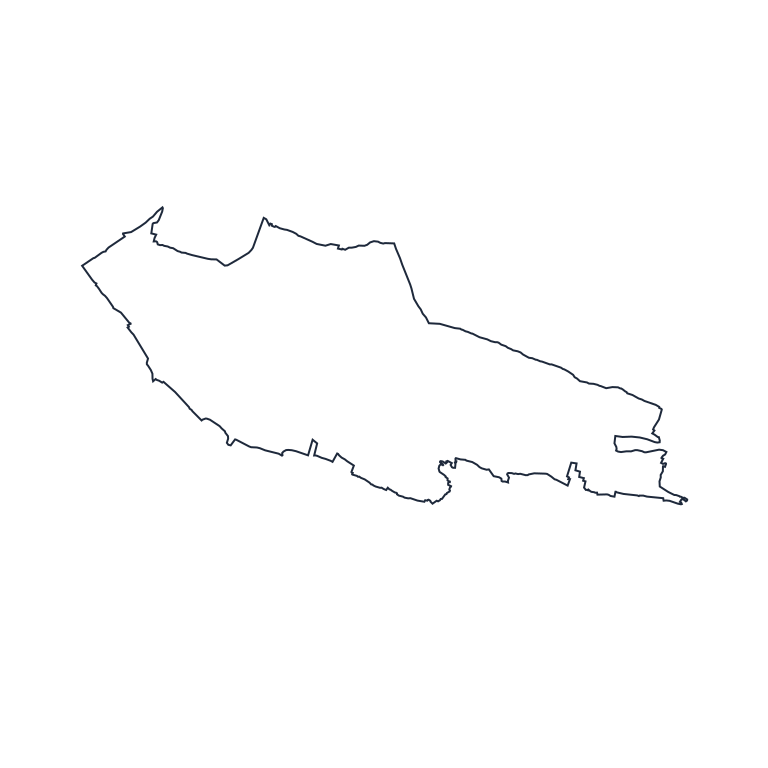 outline of Poienesti, Vaslui, Romania, rotated 305°
{"feature_id": "2599482B16648644353731", "entity_name": "Poienesti", "entity_type": "district", "adm_level": 2, "iso_a3": "ROU", "parent_name": "Romania", "parent_adm1": "Vaslui", "projection": "orthographic", "projection_center": [27.554, 46.58], "detail": "fine", "context": "isolated", "style": "outline", "palette": "slate", "viewbox_px": 768, "rotation_deg": 305, "n_neighbors": 0, "source": "geoboundaries", "source_scale": "gbopen_adm2", "svg_char_len": 6143}
<svg xmlns="http://www.w3.org/2000/svg" viewBox="0 0 768 768"><g transform="rotate(305 384 384)"><path d="M456.5,696.8L457.3,695.5L457.2,694.0L460.3,693.9L460.7,694.2L461.2,696.3L461.0,698.6L462.4,699.1L463.3,698.6L463.2,695.4L462.3,694.3L461.9,691.6L461.4,691.0L461.5,690.2L460.6,687.0L459.6,685.5L458.6,678.8L458.2,668.7L462.3,665.5L466.2,664.3L468.2,662.8L472.4,662.5L476.5,659.8L476.8,659.8L477.3,661.7L480.3,660.9L480.6,660.6L480.4,659.7L478.6,658.4L478.3,656.2L482.9,655.6L482.4,653.9L482.8,653.6L485.3,653.7L487.5,654.7L490.3,654.3L489.8,650.5L488.0,647.0L478.3,637.8L477.4,636.4L477.0,634.0L475.1,629.4L473.8,627.6L470.5,625.0L468.0,621.3L464.2,617.2L462.9,614.5L462.6,612.3L464.2,611.8L465.7,610.4L467.6,606.8L474.1,603.3L477.5,609.9L482.9,617.0L486.9,624.2L489.7,631.3L491.7,639.1L492.8,641.5L494.4,643.2L495.9,642.3L498.1,639.6L497.6,638.8L497.7,634.7L497.4,632.1L501.0,632.2L501.1,630.5L503.4,630.0L512.6,629.6L521.6,626.5L522.5,626.1L522.7,625.5L522.3,623.1L523.1,622.6L522.8,618.7L519.5,607.1L519.2,604.1L518.2,600.9L517.5,593.8L515.9,588.6L516.5,587.4L516.3,585.8L516.5,582.7L516.4,580.9L515.9,580.1L515.5,577.6L512.5,572.9L508.0,568.4L506.6,562.7L506.1,561.6L505.8,559.4L504.3,555.5L501.9,551.6L501.7,549.4L498.7,542.9L499.2,538.9L498.9,536.3L500.0,533.7L499.9,527.7L499.4,523.3L498.9,521.9L498.9,519.6L496.2,510.0L495.2,508.7L493.0,500.6L492.2,498.9L491.5,495.4L490.9,494.3L490.2,490.7L488.6,487.6L487.9,481.0L488.2,477.8L487.5,474.8L485.6,470.4L485.5,468.1L484.7,464.7L484.8,462.0L483.5,457.5L483.6,454.1L483.1,452.6L482.0,451.1L480.4,447.0L479.8,443.0L477.1,435.4L476.0,427.5L475.5,426.6L474.8,422.9L473.9,420.5L473.5,417.3L473.0,416.2L473.0,414.7L470.4,409.9L465.3,395.2L459.5,385.9L462.6,380.2L463.8,375.4L466.2,371.3L467.4,367.6L471.0,359.7L478.0,351.7L480.5,348.4L492.2,330.5L496.2,325.0L501.6,316.3L505.0,311.7L500.0,304.0L498.6,302.8L497.5,300.0L497.2,297.5L495.2,293.8L492.0,291.4L488.4,290.4L486.0,288.7L482.9,283.9L480.1,282.3L477.2,279.4L475.5,277.0L471.7,275.2L470.9,272.3L470.0,272.3L468.5,268.6L471.6,267.6L468.1,260.1L463.7,256.7L460.1,248.5L459.5,243.9L457.0,230.8L456.3,228.9L456.7,226.0L456.2,222.0L454.6,216.1L453.4,213.7L451.8,209.2L451.3,204.7L450.1,204.5L449.8,203.9L449.3,201.2L450.6,200.5L450.2,198.9L448.3,198.9L451.4,193.1L451.1,190.2L420.4,198.5L417.7,198.5L413.8,197.9L402.8,193.1L391.5,187.8L389.6,185.6L390.0,175.4L387.0,170.9L385.5,167.9L379.5,152.8L377.8,147.8L377.6,146.3L375.5,142.7L375.4,141.3L374.5,138.7L374.3,133.4L373.0,130.6L372.6,128.0L371.1,124.7L370.8,122.8L369.3,120.9L368.6,118.6L370.1,116.8L370.2,116.3L370.1,115.4L368.7,113.6L372.0,112.3L375.7,111.7L373.9,107.0L382.4,102.7L383.5,102.8L386.1,105.4L389.0,105.5L398.0,103.4L401.2,102.0L401.6,101.2L394.9,99.3L388.6,98.7L385.0,97.3L379.5,96.2L373.0,93.9L363.4,89.7L357.7,83.9L357.2,84.1L356.1,87.1L337.8,80.1L334.8,79.7L332.9,79.9L331.4,78.4L329.5,77.4L321.3,74.6L320.5,73.8L307.7,68.9L302.0,85.1L301.1,88.7L301.4,90.8L299.5,91.3L299.5,92.8L298.5,95.9L296.7,100.3L296.3,102.3L296.2,104.9L295.5,107.8L291.8,117.7L290.9,118.8L291.6,127.6L288.0,140.4L288.3,141.5L288.0,141.9L285.3,140.4L284.6,142.2L283.2,141.6L281.4,147.4L280.8,150.5L269.5,176.1L265.4,177.5L264.1,178.5L263.7,180.1L261.7,185.0L259.6,188.4L255.5,191.4L253.8,193.3L257.1,194.1L257.0,195.5L257.7,197.9L257.9,201.5L259.3,202.1L257.6,217.5L253.2,237.5L252.3,239.0L252.4,241.2L251.8,242.7L249.5,255.5L250.7,255.8L253.4,257.7L254.0,258.7L254.9,261.9L255.2,273.6L254.5,276.5L254.0,280.9L253.1,281.9L251.8,286.1L249.8,287.7L245.7,289.0L244.9,291.4L245.8,293.6L253.2,293.8L253.6,295.0L255.5,309.4L256.0,311.4L259.1,316.3L260.2,319.1L261.5,324.7L266.5,337.7L266.8,341.5L267.4,341.7L269.0,340.2L271.0,340.4L273.7,341.7L275.1,343.4L276.9,346.5L278.5,350.5L282.0,362.7L297.4,357.5L297.0,363.3L285.4,367.8L286.1,368.7L286.8,370.4L287.8,375.4L289.1,379.0L290.5,384.4L290.7,386.5L300.2,385.5L300.4,386.5L299.8,388.1L299.4,391.5L299.8,395.1L299.6,398.2L299.9,406.1L293.2,407.8L292.9,408.5L293.2,409.4L291.7,409.8L291.7,410.2L293.2,414.5L293.1,416.0L293.9,416.8L293.9,419.0L294.8,422.9L294.9,428.7L294.4,431.1L295.0,432.3L294.8,433.4L295.2,435.9L296.7,440.3L297.7,441.5L297.8,444.0L298.4,446.6L301.2,446.6L300.8,448.9L301.2,450.0L301.1,451.8L301.4,455.3L301.9,456.3L301.9,457.4L301.1,457.9L301.1,460.2L302.6,464.2L302.7,466.0L304.2,469.4L305.6,471.1L307.7,478.3L310.7,484.6L312.4,484.4L313.3,486.4L314.2,486.4L314.8,486.9L314.9,488.9L314.3,489.6L313.8,492.4L318.6,494.1L318.9,495.6L320.9,496.5L322.3,496.4L323.2,497.4L328.7,497.5L329.6,498.3L330.9,498.1L333.6,499.4L334.6,499.1L334.9,498.2L335.3,497.9L337.3,497.4L338.3,497.5L338.9,498.4L338.2,494.4L339.7,493.3L341.0,493.5L341.4,494.2L341.7,494.1L341.9,493.8L341.4,492.5L341.5,491.3L343.1,490.3L343.1,488.6L343.2,487.7L343.7,487.5L344.0,485.4L343.9,480.1L344.1,479.6L346.1,477.2L348.8,476.2L350.6,476.5L351.3,478.2L351.3,479.7L352.0,478.0L352.1,474.8L352.7,474.4L353.4,474.7L354.2,476.5L354.3,480.2L355.7,480.5L355.8,479.7L356.3,479.4L357.5,480.2L358.1,484.9L355.9,485.0L354.8,487.4L355.0,488.7L356.1,490.3L359.3,488.5L360.5,487.0L361.2,487.2L361.4,487.9L361.8,487.7L362.2,487.6L362.0,486.8L362.3,486.5L364.0,485.3L364.5,485.4L366.1,489.9L368.6,494.2L368.5,495.4L370.7,501.1L371.2,506.6L370.7,509.9L371.0,512.5L372.6,517.2L374.2,518.9L371.4,526.7L373.6,531.7L373.8,534.4L372.0,536.0L372.1,537.0L373.5,539.0L374.5,542.1L375.6,541.1L379.0,540.1L380.6,536.7L381.7,536.5L382.5,537.0L384.3,539.8L385.0,542.1L386.1,543.0L387.1,545.5L388.6,547.1L390.6,552.4L391.8,554.0L392.9,554.4L397.0,558.3L403.1,567.6L403.9,569.2L404.1,574.1L403.8,578.4L404.4,580.1L406.1,592.7L412.7,590.9L411.8,589.5L413.6,589.1L413.3,586.9L427.0,582.5L429.4,587.3L423.1,590.3L424.6,594.8L419.8,597.2L421.5,601.7L419.0,602.6L419.8,604.9L413.9,607.3L413.0,610.1L413.7,611.0L413.9,612.1L414.7,612.0L414.5,614.8L414.7,615.9L415.9,618.2L416.1,619.4L417.2,620.8L415.8,622.3L421.5,630.0L422.1,631.6L422.2,633.8L423.9,637.4L428.5,635.4L428.8,635.8L428.8,636.9L431.3,643.2L438.0,655.4L438.4,657.1L439.1,657.3L441.2,660.2L442.6,664.0L450.6,678.2L448.8,680.0L450.5,682.0L452.1,684.9L454.5,693.3L455.8,696.3L456.5,696.8Z" fill="none" stroke="#1e293b" stroke-width="2"/></g></svg>